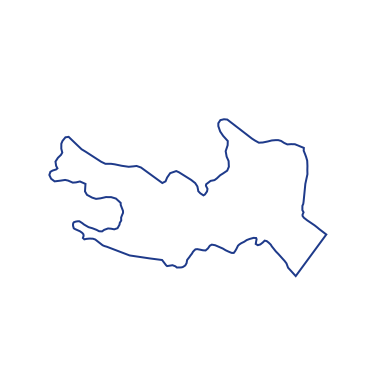 Kapit, Sarawak, Malaysia (Albers equal-area conic projection), rotated 218°
{"feature_id": "92858781B45914425263200", "entity_name": "Kapit", "entity_type": "district", "adm_level": 2, "iso_a3": "MYS", "parent_name": "Malaysia", "parent_adm1": "Sarawak", "projection": "albers", "projection_center": [113.189, 2.18], "detail": "fine", "context": "isolated", "style": "outline", "palette": "blue", "viewbox_px": 384, "rotation_deg": 218, "n_neighbors": 0, "source": "geoboundaries", "source_scale": "gbopen_adm2", "svg_char_len": 2887}
<svg xmlns="http://www.w3.org/2000/svg" viewBox="0 0 384 384"><g transform="rotate(218 192 192)"><path d="M131.0,295.6L140.3,293.0L143.4,290.7L146.2,288.2L149.6,287.4L153.2,287.1L155.9,286.0L158.1,284.3L160.9,281.7L163.3,278.6L166.7,274.6L169.7,272.0L174.2,271.3L177.7,271.0L208.8,270.8L211.6,269.0L213.9,266.1L213.6,262.4L211.8,260.1L207.0,257.0L202.0,255.4L195.2,254.2L192.7,250.8L190.6,244.9L186.5,241.2L182.2,238.9L178.5,234.6L177.4,230.5L179.1,225.3L180.1,222.6L180.8,218.0L181.6,215.2L184.2,212.2L185.6,206.8L184.9,205.5L181.7,204.0L180.5,201.7L180.3,198.0L180.9,196.4L184.6,196.1L187.5,196.5L189.3,198.1L191.2,199.7L195.0,201.0L200.2,201.0L214.5,199.5L217.3,198.8L220.8,193.4L220.5,188.1L219.4,184.1L220.9,180.8L247.3,179.9L251.7,178.4L254.1,176.0L257.4,172.9L263.5,169.4L270.0,166.2L273.3,164.3L277.6,160.9L282.2,159.9L300.3,158.3L305.3,157.7L311.4,158.3L323.2,159.5L324.1,158.5L325.4,157.2L325.5,152.6L324.7,149.6L321.7,145.7L318.5,143.2L318.1,140.6L318.7,136.4L318.3,131.9L315.1,128.9L312.6,127.8L312.9,126.2L315.1,123.0L316.0,120.7L314.9,117.6L311.2,115.7L306.8,115.8L302.6,120.0L299.4,123.4L296.7,124.7L291.7,126.0L289.3,128.2L286.8,131.3L280.9,132.8L279.1,130.1L276.7,126.6L273.0,125.1L267.2,126.1L263.4,127.5L260.2,130.7L256.7,135.0L252.5,138.2L247.9,140.0L241.5,139.5L240.2,137.9L234.7,134.6L233.5,133.1L232.8,130.4L232.1,128.2L230.2,125.9L229.9,123.2L229.0,121.6L228.4,117.6L230.3,114.7L233.1,113.3L235.7,111.6L237.9,108.1L238.6,105.6L241.0,103.9L243.9,103.4L248.2,102.1L251.9,100.6L257.0,99.9L259.5,99.9L262.7,99.6L263.3,99.2L263.9,98.7L265.3,97.2L266.4,95.6L266.4,94.3L265.8,93.2L264.9,92.1L262.8,90.6L261.2,90.8L256.0,92.1L253.2,92.2L251.5,91.8L250.4,90.7L249.7,88.6L247.7,88.4L246.3,90.1L244.1,92.2L241.3,94.2L239.0,95.0L235.3,95.0L229.7,95.0L227.7,95.5L225.5,96.4L202.1,103.6L184.5,113.6L173.7,120.0L167.2,118.3L166.0,118.3L164.7,119.7L162.3,122.3L159.4,123.2L157.4,123.2L154.1,125.9L153.1,127.1L152.6,128.4L152.1,130.0L152.5,132.7L153.2,133.9L154.0,135.5L154.0,137.7L154.0,139.4L154.1,140.7L154.1,143.4L154.4,145.4L154.3,147.0L154.0,148.9L152.7,150.2L149.8,151.7L147.5,152.8L145.3,154.3L144.7,157.3L144.9,160.6L144.0,162.7L141.0,164.3L133.0,166.4L129.6,166.8L126.6,167.5L123.3,168.4L121.6,169.7L121.6,171.9L122.0,174.7L122.7,178.0L122.4,179.8L121.7,181.9L120.2,185.0L119.3,187.8L117.6,190.6L115.2,193.8L113.1,195.2L112.0,194.5L110.9,192.3L109.8,190.3L107.4,190.6L105.9,192.7L105.1,195.9L104.8,198.4L102.9,199.3L100.4,199.3L97.5,199.0L95.7,198.3L92.7,197.6L89.4,196.8L85.7,196.3L82.3,195.7L79.5,195.2L76.6,194.7L73.6,193.9L69.7,191.5L58.5,189.6L60.0,241.2L68.9,241.1L71.6,241.2L74.8,241.2L79.4,240.9L83.7,240.6L88.0,240.6L90.1,241.2L90.9,242.1L91.6,244.7L93.9,245.7L96.5,249.1L97.0,251.1L98.2,253.2L107.7,268.2L112.0,277.1L114.7,280.4L117.0,283.5L120.5,287.6L123.7,289.9L126.3,291.5L129.4,293.3L131.0,295.6Z" fill="none" stroke="#1e3a8a" stroke-width="2"/></g></svg>